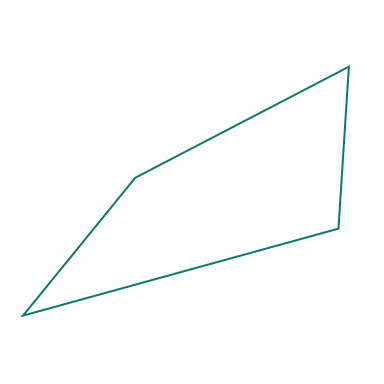 the border of Rakahanga, rotated 188°
{"feature_id": "COK-4960", "entity_name": "Rakahanga", "entity_type": "state/province", "adm_level": 1, "iso_a3": "COK", "parent_name": "Cook Islands", "parent_adm1": "", "projection": "mercator", "projection_center": [-161.082, -10.036], "detail": "fine", "context": "isolated", "style": "outline", "palette": "teal", "viewbox_px": 384, "rotation_deg": 188, "n_neighbors": 0, "source": "natural_earth", "source_scale": "10m", "svg_char_len": 222}
<svg xmlns="http://www.w3.org/2000/svg" viewBox="0 0 384 384"><g transform="rotate(188 192 192)"><path d="M41.9,176.1L342.1,46.1L250.2,198.2L54.1,337.9L41.9,176.1Z" fill="none" stroke="#0f766e" stroke-width="2"/></g></svg>